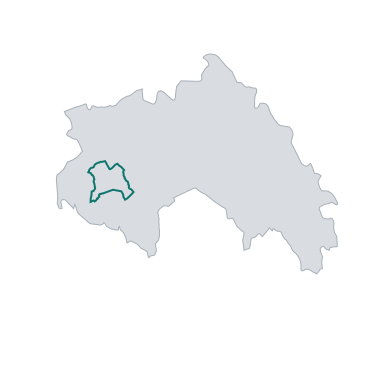 location of Télimélé within Guinea, rotated 335°
{"feature_id": "GIN-5660", "entity_name": "Télimélé", "entity_type": "Prefecture", "adm_level": 1, "iso_a3": "GIN", "parent_name": "Guinea", "parent_adm1": "", "projection": "equal_earth", "projection_center": [-13.393, 10.882], "detail": "medium", "context": "in_parent", "style": "outline", "palette": "teal", "viewbox_px": 384, "rotation_deg": 335, "n_neighbors": 0, "source": "natural_earth", "source_scale": "10m", "svg_char_len": 5439}
<svg xmlns="http://www.w3.org/2000/svg" viewBox="0 0 384 384"><g transform="rotate(335 192 192)"><path d="M229.3,259.6L226.7,259.1L225.5,259.8L222.0,265.3L219.9,267.5L216.6,266.8L215.4,267.2L214.5,266.6L215.7,263.5L217.4,257.5L221.7,251.5L221.8,250.2L220.0,246.6L218.1,241.8L218.1,236.6L217.8,232.9L213.9,231.9L213.2,231.2L213.1,230.0L215.3,223.5L215.4,222.2L215.2,221.0L212.8,217.7L209.1,211.6L202.8,199.1L200.4,196.4L198.2,192.6L197.3,190.2L194.9,189.3L173.0,189.5L172.6,192.8L165.0,195.0L160.3,192.4L155.1,193.9L152.6,195.6L150.6,202.9L149.5,204.4L148.4,207.7L147.4,209.5L146.3,213.1L143.8,218.3L141.2,221.6L136.8,223.4L135.4,228.8L134.4,230.8L132.7,232.4L130.9,233.4L127.3,232.4L125.3,233.4L124.9,232.0L126.1,227.7L125.2,225.5L121.7,221.0L121.4,218.9L120.3,216.1L115.8,210.4L111.5,210.7L112.7,205.9L112.7,199.6L111.2,196.1L111.6,192.5L110.8,192.7L109.4,195.2L107.1,194.4L102.4,190.6L100.1,186.9L99.8,183.8L99.3,182.6L97.9,183.3L95.0,183.2L86.2,177.6L79.9,163.6L79.7,160.5L80.7,155.0L80.4,153.6L77.6,157.2L77.0,154.8L74.8,149.1L74.2,145.9L72.1,144.5L70.4,144.2L69.0,145.3L67.3,151.9L66.0,151.8L64.7,150.4L65.0,145.5L68.4,139.4L74.1,124.0L76.1,120.4L77.4,119.2L80.1,119.0L85.4,117.0L91.8,112.2L96.7,112.5L102.5,112.0L110.1,108.6L110.2,98.3L110.0,96.0L107.3,93.9L105.7,92.1L104.3,89.8L102.7,88.2L102.8,86.5L106.1,84.3L109.2,84.3L110.2,83.4L111.0,82.0L111.9,78.2L112.2,74.3L110.2,69.0L110.3,65.2L121.4,65.8L127.5,66.8L132.5,67.1L133.3,68.0L132.6,71.6L133.2,73.8L134.9,74.3L137.7,71.8L139.2,72.4L142.3,75.5L145.2,76.4L148.4,78.1L151.3,79.0L154.0,78.9L156.0,80.7L159.7,81.2L164.5,79.0L168.2,78.0L173.5,77.8L176.3,78.5L184.3,76.7L190.7,77.7L189.7,78.9L186.8,87.2L187.2,88.7L193.6,95.7L195.2,96.2L196.9,95.3L199.7,92.0L201.8,88.5L203.9,86.8L206.4,86.9L208.4,89.4L213.0,99.8L214.1,101.1L215.2,101.1L217.2,99.1L218.2,96.9L222.5,90.0L229.0,86.6L244.7,94.5L247.0,95.0L248.3,94.5L250.2,89.8L256.1,85.8L258.9,84.7L260.5,84.6L261.1,83.3L261.4,81.4L261.1,79.5L259.3,76.0L259.2,74.9L260.2,74.2L262.5,73.7L265.4,74.1L268.6,75.6L271.3,77.8L272.9,80.4L275.8,91.4L279.2,100.0L279.1,111.6L280.6,112.7L282.2,113.2L282.9,114.1L284.6,118.9L286.1,120.3L287.9,120.6L291.3,123.6L293.5,124.8L293.8,125.8L293.7,127.0L292.9,128.6L289.6,131.8L288.0,134.5L284.7,141.1L284.6,142.3L285.4,143.2L286.7,143.4L288.2,142.9L291.2,140.5L293.7,141.4L296.0,143.2L296.9,145.1L297.1,147.6L296.6,150.8L296.5,154.4L297.3,160.5L298.6,166.6L299.8,168.8L307.6,174.2L308.3,176.2L308.7,178.5L308.2,181.6L307.4,183.3L303.2,188.1L302.6,190.4L302.9,194.7L303.3,212.6L305.0,215.6L307.0,217.2L311.6,216.3L311.5,221.3L310.9,226.9L313.7,228.6L315.0,230.3L315.8,231.9L311.5,234.9L310.3,236.6L309.7,241.3L309.9,245.6L315.7,248.7L317.9,252.3L318.9,256.0L319.3,263.1L318.8,264.7L317.3,264.7L314.4,260.4L309.9,260.0L306.6,259.1L301.0,259.7L300.1,261.0L299.5,270.4L300.8,272.0L303.5,273.8L305.2,274.5L306.7,274.3L307.8,275.5L308.0,278.5L307.3,280.8L305.8,282.9L304.0,288.4L304.4,293.4L301.3,301.3L300.5,302.9L296.3,301.3L293.6,300.8L291.6,302.8L288.9,299.7L288.4,297.3L287.4,296.7L285.6,296.7L283.9,298.1L283.2,300.6L282.9,305.7L279.9,310.5L277.7,316.6L275.3,316.0L274.7,316.7L272.1,318.3L269.9,318.8L269.3,317.1L267.9,315.8L266.5,313.3L264.8,311.2L261.6,309.8L260.3,310.4L258.8,310.2L257.8,309.4L258.0,308.2L259.6,305.0L260.6,302.2L261.1,299.0L261.1,296.0L260.2,291.8L258.7,288.4L258.4,286.5L258.5,283.7L258.2,281.1L257.7,279.8L257.0,274.9L256.2,274.0L255.7,270.1L255.8,266.1L254.6,264.6L252.6,263.5L251.5,261.9L250.8,260.2L250.1,259.6L249.5,259.7L248.9,260.8L248.3,261.1L247.1,257.3L246.7,257.2L245.9,258.0L236.9,262.2L235.8,258.6L234.0,258.0L231.1,259.4L229.3,259.6Z" fill="#d9dde1" stroke="#a8b0b8" stroke-width="1"/><path d="M136.4,134.9L137.1,137.3L138.5,139.5L139.7,143.4L139.5,143.5L138.2,144.6L138.0,144.9L137.9,145.1L137.9,145.4L137.9,145.8L137.7,146.8L137.3,147.5L137.0,147.8L137.0,148.1L137.0,148.6L137.0,149.3L137.0,149.6L137.2,150.1L137.2,150.4L137.1,150.7L136.8,151.0L136.7,151.2L136.7,151.4L137.0,152.0L137.0,152.7L137.1,153.5L137.1,154.0L137.2,154.3L137.3,154.4L137.5,154.7L137.9,154.9L138.0,155.1L138.1,155.3L138.1,155.6L137.9,157.2L137.8,157.6L137.4,158.3L137.4,158.5L137.5,158.7L137.7,158.9L137.7,159.1L137.3,160.2L137.1,160.6L136.7,161.0L136.6,161.8L136.6,162.0L136.9,162.6L138.1,164.0L139.0,167.3L137.7,167.9L133.8,169.4L130.7,170.4L128.1,170.7L127.8,167.0L128.6,165.3L128.2,161.5L121.4,156.6L110.4,155.6L110.1,155.3L109.7,155.3L109.0,155.4L108.7,155.3L107.8,154.8L107.4,154.8L107.2,155.0L106.9,155.3L106.7,155.5L106.3,155.6L106.0,157.1L104.7,157.4L104.1,157.7L104.0,157.9L103.9,158.1L103.6,158.2L103.4,157.8L101.4,159.1L99.8,159.4L99.2,158.1L95.9,158.1L97.4,155.2L99.5,152.4L101.3,149.2L103.3,149.4L105.7,147.9L106.4,145.3L106.9,143.6L107.3,141.5L107.2,141.0L107.3,140.8L108.0,139.9L108.3,139.6L108.6,139.4L108.8,139.3L108.8,139.2L109.2,137.3L109.2,136.8L109.2,135.1L109.1,134.9L108.7,134.4L108.4,134.1L108.3,133.8L108.4,132.8L108.4,132.5L107.9,131.8L107.7,131.5L107.4,130.9L107.2,130.8L106.8,130.8L106.6,130.7L106.4,130.6L106.3,130.2L107.0,130.0L108.1,128.6L109.7,127.8L111.0,127.5L111.3,127.6L111.8,127.8L112.4,127.9L112.8,127.9L113.4,127.9L113.7,127.7L114.5,126.8L115.4,126.2L115.9,126.0L116.4,125.9L119.4,125.8L119.7,125.8L120.0,125.9L120.2,126.1L121.7,126.0L123.2,126.6L125.2,127.1L125.6,127.1L126.3,127.4L126.9,136.1L127.0,136.4L127.3,136.7L127.5,136.7L129.3,136.6L132.3,135.6L133.6,135.0L134.0,134.8L136.4,134.9Z" fill="none" stroke="#0f766e" stroke-width="2"/></g></svg>